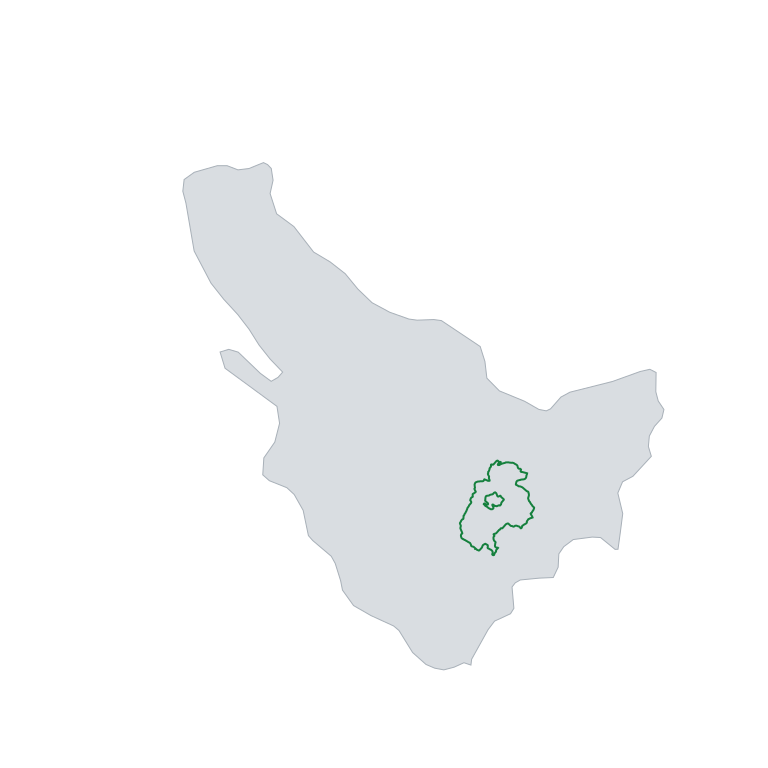 San Juan de la Maguana, San Juan, Dominican Republic (highlighted), rotated 221°
{"feature_id": "3306468B55528819950271", "entity_name": "San Juan de la Maguana", "entity_type": "district", "adm_level": 2, "iso_a3": "DOM", "parent_name": "Dominican Republic", "parent_adm1": "San Juan", "projection": "albers", "projection_center": [-71.221, 18.893], "detail": "fine", "context": "in_parent", "style": "outline", "palette": "green", "viewbox_px": 768, "rotation_deg": 221, "n_neighbors": 0, "source": "geoboundaries", "source_scale": "gbopen_adm2", "svg_char_len": 7536}
<svg xmlns="http://www.w3.org/2000/svg" viewBox="0 0 768 768"><g transform="rotate(221 384 384)"><path d="M134.8,504.8L135.6,477.7L139.8,466.7L136.0,455.1L118.8,442.8L108.2,426.9L99.0,412.8L101.1,410.8L119.8,410.2L126.4,405.1L139.1,390.8L141.6,379.2L140.6,370.5L132.4,360.0L129.3,349.0L139.4,339.4L152.6,325.5L154.5,320.1L154.2,314.8L138.8,299.9L137.8,293.6L145.0,277.6L144.3,267.0L137.3,233.8L134.0,228.9L140.8,226.1L145.3,216.3L151.3,207.5L159.3,202.8L168.3,199.9L186.2,200.1L211.0,207.8L218.0,207.7L241.8,200.7L261.6,196.8L280.1,201.2L287.7,207.1L303.1,216.6L310.8,219.4L335.0,219.1L341.6,220.0L362.1,235.6L379.3,241.7L389.3,242.0L407.1,235.8L415.9,235.9L426.2,249.4L428.3,268.5L437.0,285.8L450.1,296.9L514.3,291.6L528.7,300.6L523.9,308.3L514.9,312.4L484.3,310.9L470.9,312.0L468.3,319.5L468.3,326.5L486.2,328.1L503.8,331.4L521.7,336.8L540.0,340.5L560.5,342.8L580.7,346.6L614.5,359.8L652.2,390.6L662.3,397.5L669.0,407.2L666.1,419.3L653.1,439.3L645.7,445.8L634.7,449.8L627.3,458.0L620.2,472.0L615.8,473.2L610.5,472.7L601.4,465.0L594.9,453.0L576.7,442.0L555.3,443.7L523.7,437.4L504.7,440.8L485.6,441.8L466.0,438.5L446.4,437.5L426.8,441.9L407.9,449.3L400.9,453.9L388.7,465.3L382.3,469.5L336.0,475.4L322.6,467.2L310.2,455.9L292.4,454.5L266.6,463.2L250.5,466.4L243.9,470.2L242.0,474.5L241.9,490.2L238.3,499.8L213.1,536.0L198.8,561.6L193.0,569.5L186.2,571.2L173.8,556.5L165.9,551.1L156.0,548.4L151.9,540.6L152.1,529.5L149.6,518.8L143.5,510.3L134.8,504.8Z" fill="#d9dde1" stroke="#a8b0b8" stroke-width="1"/><path d="M248.6,395.5L248.7,394.9L248.8,394.6L249.0,394.4L249.6,394.2L250.0,393.9L250.2,393.7L250.3,393.4L250.1,393.0L249.4,392.2L249.1,391.8L249.0,389.8L248.9,389.5L248.3,388.7L248.0,387.9L247.8,387.3L247.7,386.9L247.7,386.0L247.6,385.8L247.5,385.7L247.0,385.4L246.9,385.3L246.7,384.4L246.5,384.2L245.9,383.8L244.9,383.5L243.9,383.0L243.7,382.7L243.3,382.1L242.9,381.6L242.5,381.4L241.2,380.7L240.9,380.3L241.0,380.1L241.1,379.9L241.7,379.4L242.1,379.1L243.0,378.9L243.7,378.6L244.4,378.4L244.9,378.2L245.5,378.0L245.7,377.9L245.7,377.6L245.4,377.0L245.4,376.6L245.4,376.0L245.5,375.7L245.8,375.3L246.5,374.6L247.5,373.8L248.0,373.1L249.3,371.8L250.3,369.8L250.3,369.3L250.1,368.7L249.9,368.0L249.8,367.7L248.5,366.4L247.3,365.4L247.2,365.2L247.1,364.5L247.0,364.2L246.3,363.8L245.4,363.4L244.5,363.1L244.2,363.0L244.0,362.7L244.0,362.4L244.0,362.1L244.3,361.2L244.5,360.1L244.8,359.5L244.8,359.1L244.5,358.6L243.4,357.5L243.1,357.2L243.1,356.8L243.5,355.9L243.5,354.9L243.4,354.5L242.9,353.3L242.6,352.8L242.3,352.7L241.3,352.5L240.9,352.3L240.5,351.9L240.3,351.5L240.2,350.9L240.2,348.4L240.1,348.0L239.8,347.2L239.7,345.3L239.0,343.7L238.8,342.9L238.5,342.2L238.3,341.1L238.0,340.2L237.9,338.8L237.5,337.9L237.4,336.5L236.8,336.0L236.4,335.3L235.9,334.7L235.7,334.4L235.7,334.0L236.1,333.1L236.1,331.8L236.0,331.2L235.7,330.6L235.6,329.3L235.4,328.8L235.1,328.5L233.7,327.8L233.0,327.4L232.5,326.6L232.2,325.9L231.7,325.2L231.0,324.8L227.7,323.2L227.1,322.8L226.9,322.6L226.9,322.3L227.1,321.3L226.7,320.3L226.0,319.6L225.4,319.2L224.6,318.7L224.0,318.6L223.0,318.7L222.5,318.8L222.3,319.0L221.0,319.1L220.1,319.5L218.8,319.6L217.8,319.9L216.5,320.0L215.7,320.3L215.3,320.4L214.5,320.4L213.9,320.1L213.2,319.9L212.2,319.2L211.7,319.0L211.2,319.1L209.8,319.8L209.5,319.9L207.5,319.9L207.0,319.4L206.6,319.9L204.9,319.9L204.2,320.2L203.4,320.4L203.1,320.6L203.0,320.9L202.9,321.2L202.8,324.4L202.9,325.2L203.3,326.0L203.6,327.3L203.3,328.5L203.0,329.2L202.8,329.8L202.7,329.9L202.4,330.0L201.3,330.1L200.5,330.4L200.1,330.4L199.7,330.2L199.2,329.6L198.9,329.3L198.4,328.4L198.2,328.3L197.9,328.2L197.3,328.3L196.6,328.6L195.6,328.7L194.7,329.0L193.7,329.1L192.8,329.0L191.9,328.6L191.6,328.3L191.4,328.1L190.7,326.7L190.5,326.4L190.2,326.3L189.7,326.3L189.2,326.5L188.8,327.2L189.4,328.7L189.5,329.3L189.5,330.6L189.5,331.0L189.7,331.3L190.1,331.7L190.3,332.1L190.4,332.7L190.4,335.1L190.8,335.1L191.5,334.4L192.0,334.2L193.1,334.1L193.5,334.2L193.8,334.4L194.4,335.0L194.7,335.6L195.3,336.4L195.6,337.1L196.0,337.8L196.4,337.9L198.1,338.0L199.3,338.6L200.4,339.6L200.8,340.2L201.0,340.6L201.0,341.7L201.2,341.9L201.4,342.1L202.3,342.2L202.6,342.4L202.7,342.6L202.6,342.9L202.3,343.5L201.7,344.3L201.5,344.7L201.4,345.3L201.4,348.9L201.4,349.4L201.1,350.0L201.0,350.3L201.1,350.8L201.2,351.2L201.2,351.5L200.9,352.1L200.3,352.4L200.1,352.7L200.0,353.3L200.0,357.9L199.9,358.4L199.5,359.3L199.1,359.9L198.9,360.1L198.5,360.2L195.8,360.1L195.0,360.2L194.0,360.9L193.1,361.1L192.8,361.2L192.3,361.9L192.1,362.7L192.0,363.1L191.4,363.7L190.9,364.1L189.9,364.4L188.4,365.1L187.5,365.1L186.4,364.8L186.0,364.9L185.8,365.3L185.8,366.0L186.5,367.4L186.6,367.8L186.3,368.6L186.1,369.8L185.8,370.3L185.6,371.1L185.3,371.8L185.2,372.8L185.4,373.3L185.9,373.8L186.1,374.1L186.2,375.6L186.4,376.3L186.2,377.1L185.8,377.7L185.6,378.6L184.9,379.6L184.3,380.7L185.3,381.3L186.1,381.5L186.8,381.8L187.6,382.0L188.3,382.4L188.4,382.8L188.1,383.4L188.1,383.8L188.1,384.1L188.4,384.9L188.5,386.7L188.9,387.6L189.0,388.3L189.6,389.2L190.1,389.3L191.8,389.3L192.9,389.7L194.3,389.9L195.0,390.1L195.8,390.4L196.5,390.7L197.7,390.8L199.5,391.8L200.0,392.1L200.4,392.5L201.5,394.9L201.9,395.4L202.6,396.1L203.3,396.5L204.0,397.1L204.4,397.2L205.0,397.2L205.6,396.9L206.2,396.8L211.8,396.8L212.6,396.5L213.5,396.3L214.3,395.9L215.1,395.2L215.5,395.1L216.9,395.0L217.6,394.7L218.0,394.6L218.4,394.6L218.7,394.8L218.9,395.1L219.9,397.1L220.0,397.8L219.9,398.6L219.7,398.9L219.2,399.6L218.9,400.2L218.2,401.0L217.9,401.7L215.9,403.8L215.4,404.8L215.3,405.2L215.3,406.0L215.4,406.6L215.9,407.6L216.5,408.4L216.8,409.4L217.4,410.5L218.1,410.2L221.7,408.4L222.7,407.7L223.2,407.6L223.6,407.7L223.8,407.9L224.0,408.2L224.2,409.0L224.4,409.3L224.8,409.4L225.5,409.4L226.4,408.7L226.7,408.6L227.1,408.5L227.8,408.6L228.7,409.1L229.6,409.8L230.2,410.0L231.6,409.9L232.7,409.6L233.8,409.5L234.3,409.4L235.4,408.9L236.4,407.9L237.1,407.5L237.9,406.9L238.7,406.5L240.0,405.3L240.6,404.8L241.0,403.8L241.5,403.1L241.9,402.5L242.5,401.6L243.0,400.7L243.4,399.9L243.6,399.1L243.7,398.7L244.2,398.1L244.7,397.7L245.0,397.7L245.2,397.9L245.4,398.1L245.4,398.7L245.3,399.3L244.7,400.1L244.5,400.4L244.4,401.2L244.6,401.6L244.9,401.6L245.1,401.5L245.6,401.2L246.0,400.7L246.3,400.4L246.7,400.4L247.3,400.7L247.6,400.8L248.0,400.7L248.5,400.0L248.6,399.5L248.6,395.5ZM228.7,358.8L229.0,358.8L229.5,358.7L229.8,358.7L230.0,359.0L230.0,359.4L229.9,359.7L229.5,359.9L228.1,359.9L227.8,360.0L227.6,360.1L227.2,360.7L226.8,360.9L226.6,361.1L226.6,361.4L226.7,361.7L227.2,362.1L227.7,362.2L230.4,362.2L230.8,362.2L231.1,362.4L231.4,362.6L231.8,363.4L232.7,364.5L233.2,365.4L233.4,366.2L233.3,366.5L233.2,366.9L231.7,368.6L231.5,368.9L231.4,369.6L230.9,370.5L230.0,371.6L229.7,372.0L229.6,372.4L229.6,374.0L229.5,374.3L229.2,374.8L229.1,375.1L228.8,375.2L228.2,375.2L227.6,375.2L226.4,374.6L225.1,373.9L224.8,373.8L224.4,373.8L224.0,373.9L223.8,374.2L223.3,375.1L223.1,375.8L222.9,376.0L222.4,376.0L221.7,375.7L221.3,375.6L218.4,375.6L217.9,375.5L217.7,375.2L217.6,374.9L217.6,371.8L217.5,371.4L216.7,369.9L216.7,369.1L216.7,368.5L216.9,368.2L217.4,368.1L217.6,367.9L218.0,367.3L218.6,365.9L219.0,365.5L219.7,365.3L220.1,364.8L220.4,364.6L221.0,364.5L221.9,364.7L222.7,364.5L222.9,364.3L223.0,364.1L222.9,363.8L222.7,363.6L220.5,362.6L220.1,362.3L219.9,361.9L219.9,361.5L220.0,360.9L220.1,360.6L220.7,360.0L221.3,359.5L221.6,359.4L222.6,359.3L223.4,359.0L226.0,358.9L226.4,358.8L227.0,358.6L227.6,358.5L228.1,358.6L228.7,358.8Z" fill="none" stroke="#15803d" stroke-width="2"/></g></svg>